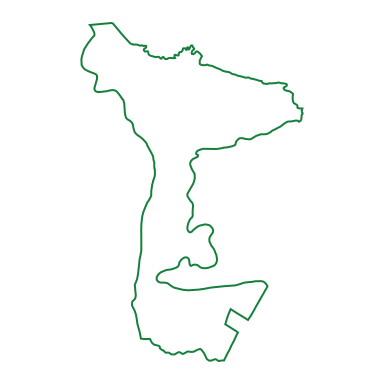 the district of Uspantán, Quiché, Guatemala
{"feature_id": "79465075B86057243605305", "entity_name": "Uspantán", "entity_type": "district", "adm_level": 2, "iso_a3": "GTM", "parent_name": "Guatemala", "parent_adm1": "Quiché", "projection": "orthographic", "projection_center": [-90.797, 15.482], "detail": "fine", "context": "isolated", "style": "outline", "palette": "green", "viewbox_px": 384, "rotation_deg": 0, "n_neighbors": 0, "source": "geoboundaries", "source_scale": "gbopen_adm2", "svg_char_len": 5899}
<svg xmlns="http://www.w3.org/2000/svg" viewBox="0 0 384 384"><path d="M186.7,352.0L187.4,351.5L187.7,351.5L190.8,351.9L193.5,351.8L196.9,350.0L199.8,349.0L200.8,349.2L201.8,350.2L204.1,353.3L206.9,359.1L209.0,360.6L211.4,360.6L214.8,359.2L216.3,359.5L218.4,361.0L222.9,360.4L224.0,360.5L227.4,353.6L229.9,349.0L231.5,345.3L233.7,341.3L236.1,336.0L237.9,332.5L236.4,331.3L225.3,324.3L227.1,318.1L228.6,314.0L230.6,309.1L237.0,313.2L245.4,318.3L248.0,320.0L250.6,316.1L254.3,309.7L255.1,308.1L267.3,286.8L267.4,285.8L265.5,283.3L264.6,282.4L263.3,281.6L261.0,281.1L254.9,281.3L252.4,281.8L245.2,282.5L242.1,283.3L241.3,283.7L235.3,285.4L224.1,286.2L210.7,287.6L203.8,288.9L198.8,289.6L188.3,290.3L182.4,289.7L174.3,287.7L171.4,286.1L168.3,283.7L167.1,283.1L164.7,282.6L160.6,282.6L159.2,282.2L157.9,281.4L156.8,279.9L156.6,278.2L156.9,276.9L158.0,274.8L160.6,272.4L165.3,270.4L167.2,269.9L171.2,269.4L175.7,267.9L177.6,266.8L178.6,265.5L179.1,264.0L179.3,262.6L180.2,261.2L181.2,259.8L183.6,257.9L184.5,257.6L185.8,257.3L187.0,257.5L188.0,258.1L188.6,258.8L189.2,260.3L189.6,263.9L190.0,265.0L190.5,265.7L191.0,265.9L193.0,264.9L194.2,264.6L196.3,264.8L197.2,264.9L199.6,266.8L201.2,267.7L202.6,268.1L204.0,268.2L206.3,268.1L208.3,267.8L213.5,265.9L214.7,265.1L216.1,263.3L216.5,262.4L216.9,260.6L217.0,259.1L216.4,255.3L214.2,249.7L213.4,248.3L211.4,245.7L209.4,241.5L209.4,238.1L209.9,236.9L213.0,232.2L213.1,230.3L212.4,228.2L210.0,225.6L208.1,224.8L205.0,224.4L200.6,225.4L198.8,226.0L196.6,227.3L195.0,228.6L193.1,230.2L191.6,231.8L190.8,232.2L189.8,232.3L189.1,232.0L187.9,230.5L187.5,229.2L187.3,228.1L187.8,224.9L188.4,222.8L190.1,219.3L190.6,218.6L191.8,217.6L192.7,216.0L192.6,211.5L193.1,205.3L192.3,202.8L190.5,200.9L188.0,197.1L187.3,195.6L187.5,193.6L193.0,184.1L194.0,181.5L194.8,178.1L194.6,173.9L192.0,169.4L190.9,166.8L190.2,164.5L190.2,162.9L191.2,160.7L193.1,158.9L197.1,157.1L198.0,156.1L197.9,155.0L196.7,154.4L196.1,153.8L196.3,152.4L196.8,151.6L197.6,150.8L200.6,149.5L203.3,148.8L216.2,149.0L220.9,148.4L223.9,147.6L227.1,147.4L232.0,146.3L234.6,145.3L235.1,144.8L235.5,144.4L235.7,143.5L235.8,142.5L236.1,141.6L237.6,139.8L239.4,138.4L240.2,138.2L242.5,138.2L245.9,139.0L249.0,139.3L250.7,139.2L256.2,135.9L260.8,134.3L265.7,134.2L267.3,133.8L270.3,132.3L272.4,130.5L273.5,130.1L280.5,126.5L285.3,122.8L287.8,121.6L292.2,121.3L295.8,120.5L298.0,120.8L298.9,121.7L299.8,121.3L300.6,120.7L301.2,119.7L301.5,118.0L301.6,115.2L301.9,114.5L302.5,114.0L302.6,113.3L302.5,112.9L301.9,112.2L301.7,111.2L302.4,108.5L299.4,108.4L297.8,108.0L297.4,107.5L297.5,106.0L296.9,104.9L293.8,103.1L293.6,102.8L293.2,101.8L292.8,100.0L292.6,96.9L293.0,94.5L292.8,93.6L290.8,92.0L289.0,91.1L287.3,90.9L285.0,90.1L284.5,89.7L283.7,88.8L283.6,88.3L283.7,87.8L283.9,87.5L286.5,86.0L286.8,85.4L286.8,84.8L286.6,84.1L286.3,83.9L284.5,83.5L281.2,83.2L278.7,82.5L275.5,83.1L273.5,83.2L272.3,83.4L269.4,83.3L268.3,83.5L267.2,84.1L265.9,83.7L263.9,83.7L262.6,82.9L262.0,82.1L261.7,81.1L261.2,80.9L259.9,81.0L256.6,79.8L254.5,79.4L253.5,78.9L251.1,78.7L249.2,77.7L248.2,77.5L245.9,77.7L244.9,77.5L241.9,76.6L237.7,75.7L235.0,74.5L232.4,74.1L229.9,72.5L228.7,72.1L224.2,71.3L221.6,70.2L219.7,69.1L217.3,68.3L212.1,65.9L209.1,65.4L207.0,64.6L204.9,65.2L203.1,65.2L201.5,65.0L199.9,64.1L199.7,63.0L199.7,61.1L199.7,60.6L201.5,56.9L202.0,56.2L201.5,55.6L200.6,54.3L199.8,53.4L198.1,51.9L197.3,51.5L196.7,51.4L196.1,51.6L194.9,53.1L193.6,54.0L193.2,54.2L192.0,54.0L191.6,52.9L192.1,51.3L192.6,50.5L193.9,49.5L194.2,48.9L194.2,48.6L193.2,47.5L192.8,46.9L192.4,45.7L192.2,45.5L191.6,45.4L190.6,46.1L189.3,49.2L188.8,49.3L188.3,47.8L187.7,47.3L187.2,47.7L187.2,49.3L186.7,49.8L186.3,49.9L186.0,49.7L185.8,48.5L185.5,48.3L183.2,48.3L182.9,48.7L182.7,50.1L181.7,51.6L181.3,51.9L179.7,52.2L179.2,52.5L178.8,53.6L178.7,54.9L178.6,55.2L178.1,55.5L177.7,55.5L175.4,54.8L175.0,54.8L174.6,55.1L174.4,56.3L175.1,58.0L174.4,58.2L172.1,58.1L171.3,57.9L169.1,58.0L168.0,58.4L167.1,59.0L165.8,59.1L164.9,58.8L163.8,57.3L163.1,57.0L162.4,57.2L161.7,58.4L161.3,58.7L160.9,58.7L160.6,58.6L159.2,57.1L158.3,56.8L155.6,57.1L150.2,55.6L148.8,54.6L148.5,54.0L148.1,51.9L147.7,51.3L145.4,51.5L145.0,51.5L144.5,51.1L143.9,50.3L143.8,49.5L144.0,49.1L146.0,47.6L146.3,46.9L146.1,45.9L144.7,45.7L143.6,46.1L142.1,45.3L141.7,45.3L140.5,45.7L140.1,45.7L137.2,44.6L132.8,44.5L130.1,43.3L122.2,34.6L113.1,23.7L112.3,23.2L111.4,23.0L89.9,25.0L91.5,27.1L94.2,32.5L94.5,34.2L94.3,35.7L92.0,38.0L87.5,44.0L85.8,46.8L84.9,48.0L84.1,49.5L82.0,56.2L81.4,59.1L81.6,64.3L81.7,65.3L82.2,65.8L82.5,66.7L84.4,69.0L86.3,70.2L89.3,71.6L95.5,74.0L96.7,75.1L97.0,76.2L97.0,79.0L94.5,87.8L94.5,89.5L95.3,90.9L96.1,91.5L97.7,92.0L99.8,92.0L106.8,91.2L110.4,90.3L113.3,90.1L115.7,90.7L117.2,92.0L119.8,95.3L120.7,96.5L120.8,97.0L122.0,98.3L122.0,98.6L123.0,99.6L123.6,100.8L124.3,103.9L124.9,113.4L125.9,117.6L127.3,119.2L130.2,120.9L132.1,122.9L132.8,124.4L133.4,127.9L134.6,132.0L136.5,134.3L139.0,136.2L139.5,136.3L142.7,139.0L145.8,142.3L146.7,143.7L147.2,145.3L152.3,154.7L153.1,156.6L153.5,159.8L154.4,163.1L154.2,164.4L154.4,168.5L154.9,169.6L154.9,174.7L154.6,176.7L153.4,180.0L153.4,180.5L153.0,181.1L152.9,182.4L152.3,184.1L151.3,190.8L151.2,195.6L150.8,196.7L148.6,200.7L147.3,202.6L145.9,205.7L144.1,210.1L143.0,213.1L142.2,216.9L141.4,223.6L141.2,230.4L141.3,234.9L141.3,251.1L139.5,260.0L139.2,263.6L138.0,274.2L137.1,279.1L134.8,285.0L135.8,295.5L135.3,298.2L134.5,299.4L132.5,301.3L132.2,302.0L132.0,305.5L134.5,310.4L135.8,314.1L136.6,318.1L137.4,323.8L139.6,331.8L140.9,338.6L145.1,339.1L149.9,338.9L150.2,339.4L151.8,342.5L152.5,343.3L154.2,344.7L158.0,345.6L159.2,346.1L159.7,346.6L159.9,348.3L162.4,350.3L163.2,350.3L163.5,350.5L165.3,352.5L165.9,352.7L168.3,352.6L169.1,352.8L171.2,354.3L174.5,354.5L178.1,352.3L179.3,352.2L180.5,352.6L181.4,353.3L182.6,353.9L183.4,353.8L186.7,352.0Z" fill="none" stroke="#15803d" stroke-width="2"/></svg>